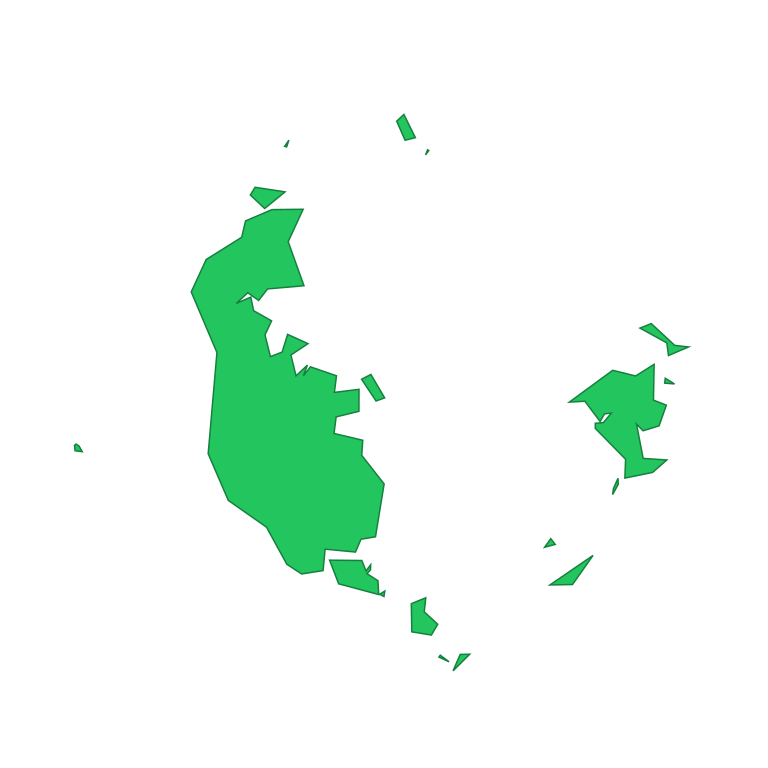 outline of Mornington, Queensland, Australia, rotated 281°
{"feature_id": "25037944B95382354250521", "entity_name": "Mornington", "entity_type": "district", "adm_level": 2, "iso_a3": "AUS", "parent_name": "Australia", "parent_adm1": "Queensland", "projection": "mercator", "projection_center": [139.442, -16.684], "detail": "medium", "context": "isolated", "style": "filled", "palette": "green", "viewbox_px": 768, "rotation_deg": 281, "n_neighbors": 0, "source": "geoboundaries", "source_scale": "gbopen_adm2", "svg_char_len": 1983}
<svg xmlns="http://www.w3.org/2000/svg" viewBox="0 0 768 768"><g transform="rotate(281 384 384)"><path d="M210.6,357.7L213.6,388.1L227.2,391.0L232.4,404.8L285.9,403.2L309.8,375.7L324.7,373.9L325.9,344.4L342.6,343.3L352.4,364.6L374.0,360.5L366.3,336.9L383.0,335.8L386.8,308.5L376.6,303.3L387.9,305.2L375.2,296.1L394.7,287.1L409.1,301.7L414.3,279.9L395.9,277.9L389.2,267.3L409.5,257.8L424.5,261.6L431.1,242.0L443.9,236.7L434.9,223.6L447.6,232.9L442.1,245.0L455.1,251.6L465.2,286.7L505.4,262.8L540.1,271.3L533.8,240.7L517.7,217.0L500.9,216.3L472.3,185.7L437.6,177.2L383.0,214.0L282.0,224.7L240.0,253.4L221.0,296.0L188.5,323.0L181.8,339.4L189.2,359.8L210.6,357.7ZM395.4,662.0L417.1,665.2L419.6,651.6L454.9,645.4L439.9,629.5L441.1,605.9L401.6,569.4L405.4,584.5L388.4,603.3L396.8,606.2L398.8,612.7L387.9,606.7L385.8,598.9L380.7,599.9L356.2,635.5L337.6,638.4L348.5,664.6L363.4,676.1L360.4,652.6L392.9,639.5L387.5,647.2L395.4,662.0ZM206.5,395.9L200.7,364.2L179.2,377.6L176.3,419.0L189.7,415.6L194.6,403.5L198.9,406.2L204.0,405.4L197.1,402.0L206.5,395.9ZM173.6,452.7L146.0,458.6L146.6,478.4L158.4,482.6L168.0,467.0L182.1,465.8L173.6,452.7ZM533.5,233.4L553.7,250.2L552.5,219.9L544.0,216.7L533.5,233.4ZM466.2,657.8L478.5,675.9L477.4,662.0L494.3,634.8L487.7,624.6L478.3,653.8L466.2,657.8ZM255.6,621.9L218.4,585.2L223.1,607.3L255.6,621.9ZM384.4,361.1L365.8,379.4L370.5,387.3L390.9,369.3L384.4,361.1ZM644.4,346.3L627.3,358.2L631.8,367.8L652.4,352.1L644.4,346.3ZM133.1,510.4L115.6,506.5L135.1,519.7L133.1,510.4ZM254.4,572.8L259.2,582.7L264.0,577.2L254.4,572.8ZM123.7,500.9L128.5,491.0L126.4,490.0L123.7,500.9ZM438.4,659.4L439.5,669.2L443.3,659.0L438.4,659.4ZM336.1,631.7L325.3,629.2L319.1,629.5L330.3,633.1L336.1,631.7ZM180.9,424.3L176.8,419.9L175.4,424.5L180.9,424.3ZM264.7,91.9L259.5,93.5L260.0,100.7L264.9,96.5L266.3,93.2L264.7,91.9ZM616.8,381.1L621.7,383.4L622.2,382.1L616.8,381.1ZM598.2,243.2L605.2,244.1L598.3,241.1L598.2,243.2Z" fill="#22c55e" stroke="#15803d" stroke-width="1.5"/></g></svg>